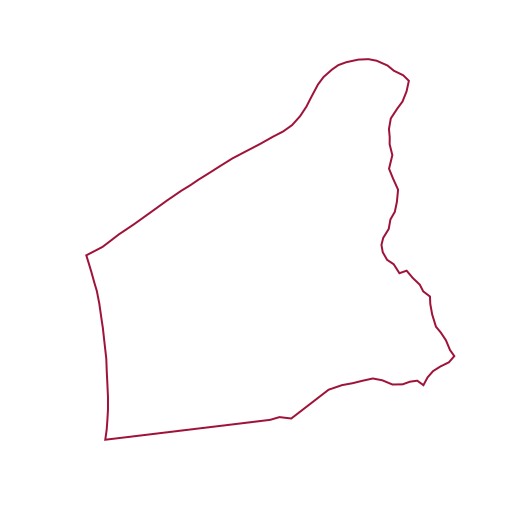 the district of Saubara, Brazil, rotated 166°
{"feature_id": "56859067B52739574440824", "entity_name": "Saubara", "entity_type": "district", "adm_level": 2, "iso_a3": "BRA", "parent_name": "Brazil", "parent_adm1": "", "projection": "albers", "projection_center": [-38.789, -12.785], "detail": "fine", "context": "isolated", "style": "outline", "palette": "rose", "viewbox_px": 512, "rotation_deg": 166, "n_neighbors": 0, "source": "geoboundaries", "source_scale": "gbopen_adm2", "svg_char_len": 1333}
<svg xmlns="http://www.w3.org/2000/svg" viewBox="0 0 512 512"><g transform="rotate(166 256 256)"><path d="M65.3,389.0L69.4,395.7L77.4,402.4L82.3,409.0L91.7,416.3L99.3,419.8L109.2,421.8L121.5,422.2L130.0,421.3L137.0,418.6L147.2,413.3L154.4,407.4L164.3,396.4L171.0,388.7L179.4,381.0L189.3,374.3L199.5,370.3L210.9,367.6L224.7,363.8L240.9,359.9L255.3,356.4L268.3,352.2L281.5,347.8L293.3,344.0L302.8,340.5L313.0,337.3L328.6,331.5L347.1,324.1L366.5,316.4L383.7,310.2L402.6,302.0L420.5,297.7L420.0,288.6L419.6,280.1L419.3,268.9L418.9,260.6L419.6,247.4L421.2,231.8L422.0,223.3L424.2,207.0L426.1,192.6L428.8,179.8L430.4,171.6L433.8,154.7L436.8,142.7L440.2,131.8L442.9,123.6L446.7,114.2L281.9,93.6L272.2,94.0L261.1,89.8L217.9,108.7L203.8,109.9L193.0,109.2L183.3,109.2L172.3,108.9L163.6,104.9L154.7,98.3L144.8,96.0L137.0,96.8L129.7,96.0L124.8,90.2L118.8,96.8L112.0,101.5L103.8,104.2L94.5,106.2L87.8,110.9L90.5,117.8L92.1,128.3L95.2,137.0L98.5,143.9L99.2,156.7L98.5,167.3L97.0,174.6L102.3,181.2L104.0,188.5L109.3,196.9L113.4,205.3L121.0,204.6L124.4,214.7L129.7,220.5L132.1,229.0L131.6,236.4L128.2,242.8L120.7,250.1L116.7,259.0L110.6,265.3L106.2,274.4L102.1,286.0L104.3,298.0L105.8,308.5L99.3,320.9L99.3,332.1L97.5,339.0L96.3,347.0L91.9,356.9L83.2,364.9L76.5,370.4L70.1,379.3L65.3,389.0Z" fill="none" stroke="#9f1239" stroke-width="2"/></g></svg>